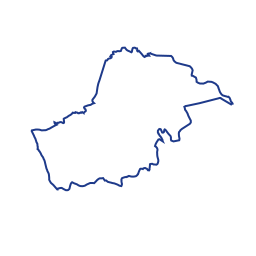 Abu Hummus, Al Buhayrah, Egypt (Robinson projection), rotated 21°
{"feature_id": "37247803B15817250169024", "entity_name": "Abu Hummus", "entity_type": "district", "adm_level": 2, "iso_a3": "EGY", "parent_name": "Egypt", "parent_adm1": "Al Buhayrah", "projection": "robinson", "projection_center": [30.325, 31.106], "detail": "fine", "context": "isolated", "style": "outline", "palette": "blue", "viewbox_px": 256, "rotation_deg": 21, "n_neighbors": 0, "source": "geoboundaries", "source_scale": "gbopen_adm2", "svg_char_len": 5755}
<svg xmlns="http://www.w3.org/2000/svg" viewBox="0 0 256 256"><g transform="rotate(21 128 128)"><path d="M84.3,210.6L84.1,209.8L85.0,209.2L86.2,208.3L87.6,207.7L89.3,208.0L90.8,208.2L92.3,208.3L93.7,207.8L94.3,207.4L94.4,207.1L95.0,206.2L95.1,205.8L95.1,205.6L94.7,202.7L94.6,200.1L95.2,199.1L95.3,198.7L95.9,198.8L96.6,198.8L97.3,198.9L97.7,199.0L98.5,198.9L100.6,198.9L102.4,199.3L104.3,199.3L106.2,198.7L107.3,198.1L107.5,198.0L108.7,197.0L109.6,195.7L111.5,193.8L112.4,192.9L114.7,192.0L116.2,191.6L117.4,188.8L117.8,187.7L118.2,187.1L118.6,186.3L119.3,185.5L119.7,185.1L121.5,184.4L122.7,183.7L125.2,185.4L125.9,185.0L126.4,184.8L127.8,185.3L128.5,185.5L130.3,185.3L131.6,185.1L133.1,185.0L135.1,184.6L137.5,184.6L138.6,184.6L140.6,184.9L141.6,184.8L142.6,184.6L142.6,184.0L142.6,183.1L142.3,182.2L141.6,181.2L141.1,180.4L140.8,179.4L140.4,178.9L140.4,178.6L140.3,177.9L140.4,177.0L141.0,176.4L141.5,176.0L142.3,175.3L143.1,174.8L144.2,174.1L144.4,174.2L145.3,173.3L145.5,172.8L145.8,172.7L146.1,172.4L148.2,172.2L149.6,171.8L151.0,171.2L152.6,170.2L152.9,169.8L153.2,169.2L153.5,168.8L153.6,168.4L153.6,167.9L153.9,167.5L153.8,167.1L153.9,166.7L153.8,165.6L153.8,164.3L153.9,163.4L153.9,163.0L154.0,161.9L154.4,161.5L155.9,161.0L156.3,161.0L156.6,161.0L156.8,160.3L157.5,159.6L157.9,159.5L158.3,159.2L159.2,159.3L160.2,159.3L160.6,159.5L161.8,160.3L162.9,160.0L163.0,159.0L162.7,158.6L162.5,157.5L162.1,155.9L162.0,155.6L162.0,155.4L161.8,154.8L161.5,154.0L161.6,153.7L163.3,152.8L163.7,152.7L164.8,152.9L166.0,152.5L166.7,152.3L167.6,152.1L168.3,151.2L168.4,150.6L168.4,149.3L168.3,149.1L168.2,148.1L167.7,146.9L166.1,144.7L165.5,143.8L164.8,142.4L164.5,141.6L164.0,140.6L163.6,139.2L163.4,137.9L162.9,137.0L162.0,136.1L161.2,135.7L160.9,135.5L160.3,135.4L159.7,135.2L159.6,133.1L159.8,131.1L160.2,129.3L160.5,127.9L161.4,127.2L165.2,128.0L164.9,127.7L164.6,127.0L164.2,126.5L163.5,126.0L163.0,125.4L162.0,124.7L161.2,124.2L160.3,123.8L159.7,123.3L159.0,122.7L158.7,122.3L158.4,122.4L158.0,122.0L157.4,121.3L156.9,119.8L157.0,119.4L157.3,118.5L157.6,117.7L158.5,117.6L158.8,117.4L159.2,117.7L159.4,117.9L159.6,118.0L160.2,118.6L160.4,118.8L161.4,119.9L161.7,120.0L162.6,119.6L163.0,118.7L162.8,118.0L162.6,116.5L162.7,116.2L163.3,116.2L164.2,116.6L164.8,117.0L166.0,117.8L167.0,118.4L167.6,118.8L169.8,119.9L170.3,120.1L170.6,120.3L171.1,120.9L171.5,121.5L171.8,122.4L172.2,123.3L172.5,123.8L172.9,124.2L175.3,124.2L180.2,121.1L180.0,119.7L179.6,119.0L178.5,117.3L177.4,114.9L177.3,114.4L177.1,113.6L177.6,112.2L177.7,111.3L178.7,109.5L184.2,102.0L184.5,101.0L184.6,100.6L184.6,100.1L184.2,99.2L183.9,98.5L182.4,97.2L180.2,95.2L178.9,93.8L178.5,93.2L177.6,92.5L176.4,91.5L176.2,91.3L175.7,91.1L175.5,90.9L175.2,90.8L174.7,90.4L173.7,88.8L173.0,88.0L174.0,86.8L175.1,86.2L185.9,79.2L201.8,67.9L202.8,67.1L203.5,66.9L203.8,66.8L204.3,67.1L215.6,69.0L215.6,68.8L216.9,67.8L216.2,67.1L214.6,66.4L214.1,65.8L213.6,65.1L212.4,63.8L211.8,63.3L210.9,63.0L210.6,62.8L210.0,63.2L208.1,63.3L207.8,63.4L204.7,63.6L203.3,63.1L203.1,63.0L201.5,61.9L200.8,61.3L200.1,60.5L199.1,59.3L198.4,58.6L197.8,57.7L197.6,57.6L197.3,57.2L196.6,56.5L195.7,56.2L194.1,55.4L192.8,55.2L192.5,55.2L191.3,55.0L189.4,55.0L185.8,56.1L184.2,58.0L183.7,58.4L182.5,59.5L179.2,60.7L177.8,60.7L176.7,60.6L176.4,60.5L175.5,60.3L174.6,58.3L173.3,56.6L170.6,56.2L170.1,56.1L169.6,56.1L168.8,56.3L168.3,55.4L167.7,51.0L166.7,49.9L165.4,49.0L165.1,48.9L163.5,48.2L150.0,49.8L149.2,49.7L148.1,49.3L147.6,49.2L146.5,48.5L146.0,48.1L145.1,46.8L144.0,46.0L143.7,45.8L142.4,45.3L128.5,50.2L124.0,50.4L122.5,50.4L121.8,50.4L121.7,50.5L120.2,51.3L119.8,51.8L119.9,52.1L120.8,51.3L120.6,52.0L121.8,52.9L119.9,53.5L119.8,54.0L118.6,54.3L118.7,55.0L117.9,55.8L116.0,55.1L115.0,54.4L110.6,52.1L109.9,53.0L108.8,52.6L108.7,51.6L107.9,50.5L107.0,50.9L106.4,50.6L105.5,50.6L104.0,51.4L103.8,52.1L103.9,53.1L104.1,54.4L104.3,55.5L104.0,56.1L102.9,56.0L102.1,55.9L101.6,55.9L99.6,55.8L98.4,55.4L96.3,54.1L94.3,55.0L93.9,55.3L93.7,55.9L93.7,58.7L92.3,59.5L91.3,59.7L90.4,60.1L89.5,61.2L87.4,61.7L86.7,62.5L87.1,63.3L87.5,63.8L88.0,64.1L86.9,65.3L86.2,65.9L85.9,67.4L87.3,67.5L87.3,68.3L86.6,69.2L85.3,70.0L84.6,70.8L84.3,72.3L83.0,73.0L83.0,73.5L84.3,94.0L84.3,95.7L84.4,97.5L84.9,100.8L86.3,107.0L85.8,110.6L84.7,114.3L84.9,115.2L85.4,115.9L86.0,116.3L86.6,116.7L87.4,117.0L86.5,117.7L85.8,118.4L84.8,119.8L82.7,121.1L79.7,123.7L79.6,124.6L80.5,125.5L81.6,125.8L82.1,126.4L82.5,127.1L82.3,127.7L81.7,128.6L81.2,129.5L81.3,129.9L81.0,129.8L80.3,129.9L79.5,129.6L78.8,130.6L78.3,130.4L77.6,131.2L77.1,131.4L77.0,131.8L76.2,132.1L74.7,131.8L74.1,132.1L73.3,132.1L73.2,132.9L71.7,133.3L71.3,133.7L70.9,133.6L70.3,135.3L69.6,136.4L68.3,137.9L67.5,139.2L67.0,140.0L66.6,140.3L66.3,140.6L64.8,142.2L64.7,142.5L65.3,143.7L65.8,144.5L66.0,144.9L66.3,145.7L66.3,146.2L65.9,146.6L65.6,146.7L65.0,146.5L63.3,146.5L62.3,147.0L62.0,147.4L60.9,148.2L60.6,148.3L60.7,148.6L60.7,149.0L59.5,149.3L58.3,149.1L57.3,149.0L57.6,149.6L59.3,150.8L59.9,150.9L59.0,151.8L56.4,154.9L56.1,155.2L55.9,155.6L55.3,156.3L54.7,157.0L54.1,157.4L52.7,158.9L52.0,159.5L48.8,160.9L48.0,161.2L46.8,161.2L45.5,161.4L44.6,161.7L43.4,162.1L42.6,162.4L39.1,164.7L39.2,165.4L41.7,167.7L42.8,168.7L44.1,170.1L45.3,171.1L47.0,173.2L47.6,174.0L49.0,175.2L49.5,176.2L50.0,177.3L50.6,178.0L50.8,178.9L51.0,179.3L51.1,179.6L51.1,180.1L51.3,180.2L51.6,180.1L52.0,180.2L52.3,180.5L52.8,181.0L53.2,181.3L53.6,181.4L53.8,181.5L54.9,182.4L55.8,183.1L56.3,183.7L57.3,184.6L59.3,185.9L60.3,187.1L60.5,187.2L61.5,188.1L62.3,189.1L63.3,190.6L64.2,191.9L66.5,195.2L67.4,196.0L68.1,197.0L69.6,198.3L70.6,199.4L71.6,201.3L72.5,203.2L72.8,204.2L73.4,205.0L75.6,206.8L77.2,207.4L78.6,207.9L83.9,210.7L84.3,210.6Z" fill="none" stroke="#1e3a8a" stroke-width="2"/></g></svg>